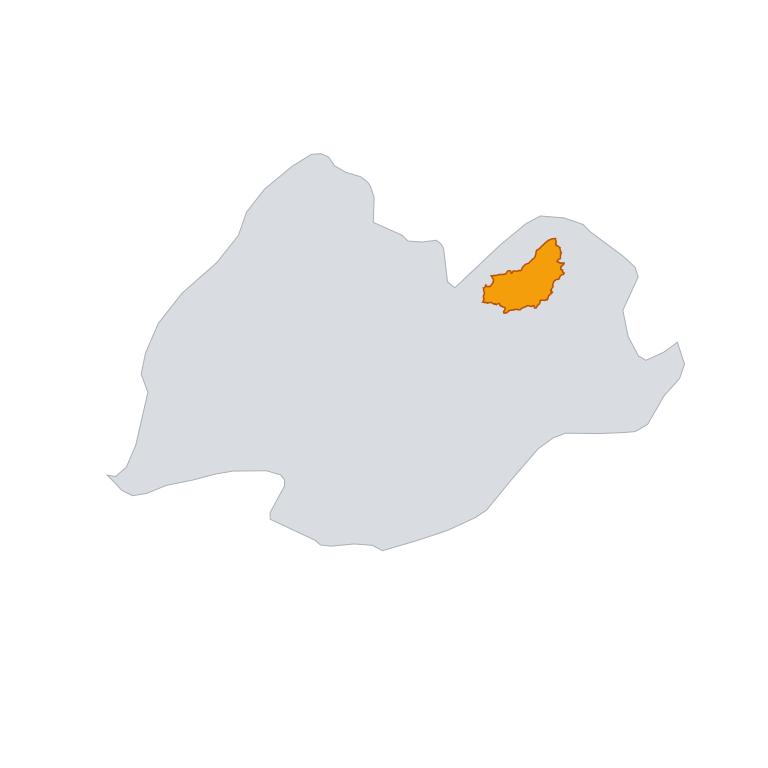 Huye, Southern, Rwanda shown in context, rotated 223°
{"feature_id": "39286606B50862047870193", "entity_name": "Huye", "entity_type": "district", "adm_level": 2, "iso_a3": "RWA", "parent_name": "Rwanda", "parent_adm1": "Southern", "projection": "equal_earth", "projection_center": [29.71, -2.532], "detail": "fine", "context": "in_parent", "style": "filled", "palette": "amber", "viewbox_px": 768, "rotation_deg": 223, "n_neighbors": 0, "source": "geoboundaries", "source_scale": "gbopen_adm2", "svg_char_len": 6941}
<svg xmlns="http://www.w3.org/2000/svg" viewBox="0 0 768 768"><g transform="rotate(223 384 384)"><path d="M320.7,222.9L327.8,222.7L374.9,207.5L379.6,212.3L387.2,241.7L391.2,246.0L397.7,247.0L410.9,240.3L435.2,217.2L445.8,203.3L458.2,183.6L474.1,161.4L483.0,142.1L491.7,130.8L503.0,127.4L515.6,128.2L524.3,128.6L517.2,133.2L515.7,147.4L523.9,170.1L551.0,216.9L568.2,225.5L579.4,243.7L590.4,274.4L593.6,312.8L589.1,359.0L591.8,393.3L601.7,415.8L604.3,445.1L599.6,480.9L593.8,502.4L587.1,509.5L579.4,512.2L569.0,509.8L556.3,512.8L542.5,519.6L533.8,520.5L528.4,519.2L518.2,513.5L502.1,494.9L472.1,505.2L464.0,504.9L453.0,513.8L444.0,524.6L438.6,525.4L433.0,523.9L407.2,502.0L397.8,502.7L393.9,564.2L389.5,598.3L384.2,613.5L365.7,628.2L347.1,636.5L336.9,636.0L296.0,640.6L279.9,640.6L271.1,635.6L259.6,600.8L237.9,585.3L217.0,578.0L208.6,580.0L201.0,598.3L197.9,614.6L177.7,603.4L171.6,589.6L171.1,566.2L163.7,534.2L167.8,520.6L175.7,511.8L192.5,494.9L218.0,471.5L223.5,460.3L227.1,441.7L225.4,398.4L223.0,361.8L226.0,348.8L237.6,320.5L253.3,291.6L271.5,261.0L282.5,258.1L296.9,246.5L312.1,229.3L320.7,222.9Z" fill="#d9dde1" stroke="#a8b0b8" stroke-width="1"/><path d="M340.4,525.9L340.0,526.0L339.9,526.4L339.8,527.1L339.7,527.3L339.2,527.3L338.8,528.0L338.7,528.5L338.1,529.0L337.5,529.2L337.3,529.3L337.2,529.5L336.5,529.8L336.3,530.0L336.1,530.0L335.6,530.6L335.5,530.8L335.2,531.1L335.1,531.4L334.9,531.5L334.9,533.5L334.7,533.7L334.6,534.3L333.9,535.4L333.1,537.1L332.9,538.7L332.7,539.0L332.4,539.0L332.2,539.4L330.6,540.5L330.3,540.5L330.0,540.7L329.3,541.0L328.8,541.6L328.4,543.1L328.0,543.4L327.3,543.4L327.0,543.2L326.6,543.0L326.1,542.3L325.9,542.2L325.3,542.8L325.0,543.0L324.6,543.7L324.7,544.5L325.1,545.3L325.2,545.9L325.1,546.5L325.3,546.9L325.2,547.6L325.0,548.1L325.0,548.6L325.6,550.4L325.8,550.5L326.6,551.4L326.6,552.2L326.2,552.3L325.8,552.9L324.9,553.6L324.6,554.0L323.9,554.4L324.0,554.6L323.9,554.5L323.7,554.7L323.2,555.1L323.1,555.6L323.0,555.8L322.9,556.5L322.6,556.3L322.4,556.3L322.1,557.1L322.2,557.9L322.5,558.0L322.5,558.3L322.7,558.6L322.9,559.4L323.2,559.7L323.5,560.1L323.7,560.4L323.8,560.8L323.6,561.3L323.5,563.1L323.3,563.5L323.4,564.3L323.5,564.5L323.5,564.9L323.1,565.7L323.2,565.9L323.9,565.9L324.1,565.8L324.5,565.2L324.9,565.2L325.0,565.4L325.1,566.2L325.3,566.7L325.8,566.6L326.3,566.7L326.2,567.4L326.3,567.8L326.5,568.4L326.5,569.2L326.8,570.6L327.2,570.9L327.8,571.0L328.2,571.7L328.6,572.1L329.0,573.0L329.3,574.2L329.5,574.4L329.5,574.9L329.7,575.2L329.7,576.2L329.4,576.8L329.5,577.1L329.4,577.3L329.0,578.0L328.8,578.5L327.9,579.5L327.7,580.1L327.7,580.6L328.0,581.4L328.6,582.3L328.7,583.3L328.5,584.6L328.4,585.5L327.7,586.4L327.4,586.6L327.9,588.0L328.4,587.8L329.1,588.0L329.5,587.7L330.1,588.0L330.6,588.7L330.9,589.0L331.3,589.2L332.3,588.5L332.8,588.6L333.0,588.4L333.2,588.6L333.5,588.7L333.7,588.9L333.7,589.1L333.9,589.8L334.1,589.8L334.2,590.1L334.2,590.3L334.3,590.3L334.5,590.4L334.4,590.6L334.6,590.8L334.4,591.5L334.5,591.6L334.5,592.2L334.4,592.4L334.5,592.8L334.2,593.2L334.2,593.5L334.4,593.8L334.2,594.2L334.5,594.6L334.5,594.9L334.8,595.0L334.7,595.3L334.8,595.4L335.1,595.3L335.4,594.7L335.8,594.3L336.1,594.1L336.4,593.6L336.6,593.6L336.6,593.4L336.9,593.2L337.0,592.8L337.4,592.7L337.6,592.8L337.9,592.5L338.3,592.5L338.3,592.3L338.6,592.2L338.9,592.0L339.2,592.2L339.3,592.0L339.6,592.0L339.7,591.9L340.1,592.0L340.2,591.8L341.0,591.6L341.1,592.3L341.5,593.1L341.1,594.9L340.6,595.6L340.7,596.0L340.9,596.5L342.2,597.8L342.8,599.0L343.2,599.1L343.4,599.3L343.8,599.5L343.6,600.1L343.8,601.1L344.2,601.2L345.1,601.2L346.5,602.3L346.9,602.4L347.8,603.1L348.0,603.2L348.3,603.5L348.4,603.8L348.8,603.6L349.7,603.4L350.9,603.7L351.4,603.5L352.5,602.7L352.9,602.8L353.3,603.6L353.6,603.4L353.8,603.5L353.7,603.8L354.1,604.1L354.4,604.3L354.5,604.7L354.9,605.1L355.1,605.1L355.6,605.9L356.5,606.3L357.1,606.7L357.8,607.4L358.3,606.7L358.7,606.3L359.0,606.2L359.5,605.4L360.1,604.8L360.6,603.8L360.6,603.4L361.5,602.0L361.6,601.4L362.0,600.4L362.1,599.6L362.1,599.0L362.2,598.6L362.2,598.4L362.3,598.1L362.3,597.8L362.4,597.5L362.4,596.9L362.4,596.7L362.3,596.2L362.4,595.9L362.4,595.2L362.5,594.7L362.4,594.3L362.7,592.7L362.6,590.4L362.7,590.1L362.6,589.2L362.8,588.8L362.8,588.4L362.9,588.0L363.0,587.5L363.4,586.8L363.5,586.4L363.5,585.8L363.3,585.0L362.8,584.3L362.4,583.9L361.2,581.9L360.8,580.8L360.4,580.3L360.1,579.1L360.1,578.1L360.5,576.4L360.4,575.3L360.6,573.4L360.6,572.1L360.6,570.7L361.5,569.4L362.0,568.2L362.2,567.2L362.3,566.0L362.3,564.4L362.2,563.4L361.3,561.1L361.3,560.3L361.5,559.9L362.0,559.3L362.7,559.0L362.8,559.1L363.0,558.8L363.4,557.7L364.1,556.6L364.5,556.6L364.8,556.4L365.1,556.1L365.6,555.8L366.3,555.0L366.6,554.3L366.4,553.9L366.1,553.4L366.0,552.7L366.1,552.0L366.4,551.7L366.7,551.7L367.0,552.2L367.5,552.4L367.7,552.7L368.8,552.9L369.4,552.6L369.7,552.1L370.2,551.8L370.6,550.9L370.5,550.5L370.5,549.9L370.2,549.1L370.2,548.9L370.2,548.7L370.1,547.6L370.3,546.9L370.6,546.7L370.7,546.3L370.9,546.3L371.1,545.8L371.4,545.5L371.9,545.4L372.1,544.7L373.8,543.3L374.2,543.1L374.8,542.0L375.0,541.5L375.5,540.8L375.7,540.4L376.3,539.7L376.6,539.0L376.7,538.9L377.0,538.9L377.8,538.1L378.0,538.1L378.3,537.3L379.4,536.3L378.9,536.1L378.3,536.2L377.9,535.9L377.0,535.4L376.1,535.4L375.6,535.2L375.3,535.2L374.6,534.5L374.3,533.8L374.1,533.7L373.9,533.2L373.5,533.1L373.4,532.9L373.4,532.1L373.3,531.6L373.2,530.3L373.0,529.1L373.1,528.6L372.9,527.4L373.9,526.9L374.6,525.8L374.8,525.8L375.3,525.3L375.5,525.2L375.8,525.2L376.2,525.7L376.5,525.9L377.1,525.9L376.7,524.7L376.2,523.9L376.2,523.6L376.3,522.7L376.8,521.9L376.3,521.8L375.8,521.4L375.6,521.0L374.9,520.4L374.5,520.3L373.1,519.2L372.4,519.0L371.9,518.1L371.6,516.7L371.3,516.0L370.6,515.5L370.2,515.0L369.5,514.8L369.0,514.9L368.9,514.6L368.9,514.4L368.6,513.5L368.2,512.7L368.1,512.3L367.5,511.7L367.5,511.3L366.9,511.9L365.9,512.1L365.8,512.7L365.8,512.8L365.6,512.9L365.1,512.9L364.9,513.1L364.8,513.4L364.6,513.6L364.3,513.7L363.4,513.6L363.1,514.4L362.8,515.0L362.2,515.4L362.1,515.6L362.0,516.0L361.7,516.2L361.1,516.8L360.6,517.0L360.0,516.9L359.6,517.1L359.2,517.2L358.7,517.3L358.5,517.2L358.0,518.0L357.5,518.1L357.4,518.3L357.2,518.0L356.8,518.3L356.5,518.4L356.1,518.7L355.9,518.7L355.8,519.5L355.4,520.5L355.0,521.1L354.9,521.4L354.8,521.5L354.3,521.4L353.9,521.1L353.7,521.2L353.4,520.9L353.2,520.9L352.9,520.6L352.2,520.6L351.9,520.6L351.7,520.8L351.4,520.8L351.3,521.0L350.4,521.4L350.1,521.3L349.7,521.3L348.5,522.1L347.5,522.3L347.2,522.1L346.8,522.0L346.7,521.9L346.6,521.1L346.2,520.6L346.0,520.2L346.1,519.7L345.9,519.2L346.0,518.9L345.8,518.4L345.4,518.1L345.2,518.1L344.8,517.7L344.5,518.1L343.9,518.2L343.6,518.5L343.5,518.8L343.2,519.0L343.1,519.4L343.1,519.5L342.8,520.2L342.8,520.7L342.4,521.9L342.4,522.0L342.5,522.1L342.4,522.8L342.6,523.4L341.3,524.7L341.1,525.0L340.6,525.7L340.4,525.9Z" fill="#f59e0b" stroke="#b45309" stroke-width="1.5"/></g></svg>